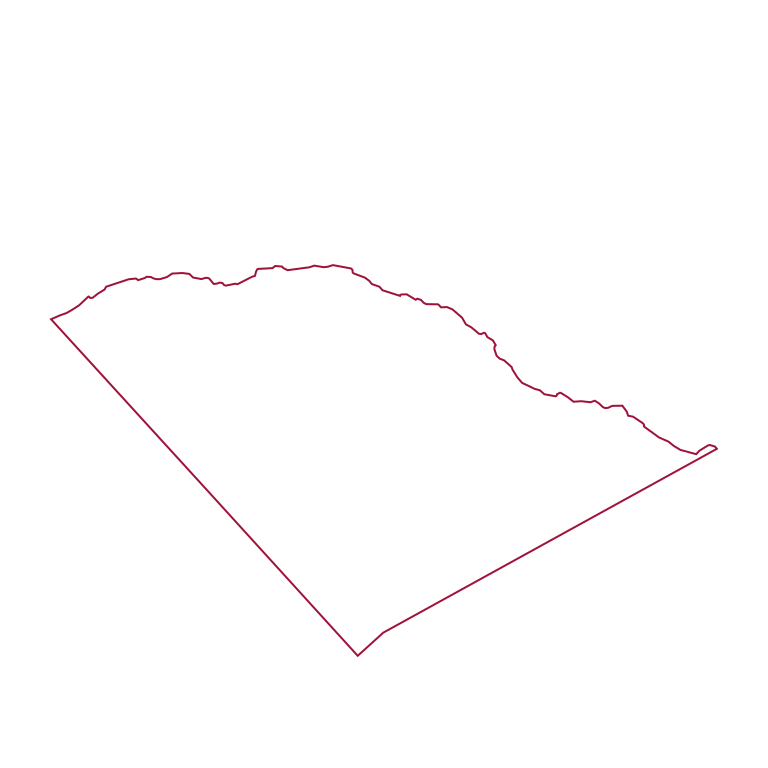 outline of Presidio, Texas, United States of America, rotated 138°
{"feature_id": "52423323B92102614150660", "entity_name": "Presidio", "entity_type": "district", "adm_level": 2, "iso_a3": "USA", "parent_name": "United States of America", "parent_adm1": "Texas", "projection": "mercator", "projection_center": [-104.492, 29.947], "detail": "fine", "context": "isolated", "style": "outline", "palette": "rose", "viewbox_px": 768, "rotation_deg": 138, "n_neighbors": 0, "source": "geoboundaries", "source_scale": "gbopen_adm2", "svg_char_len": 1798}
<svg xmlns="http://www.w3.org/2000/svg" viewBox="0 0 768 768"><g transform="rotate(138 384 384)"><path d="M180.0,113.1L179.9,116.0L182.7,120.7L184.6,121.6L194.4,123.4L198.9,122.9L207.8,136.6L210.1,144.2L211.1,150.7L215.4,160.3L219.1,177.7L219.1,178.7L218.2,179.4L217.8,181.2L220.8,193.1L223.8,197.1L222.1,201.0L221.4,208.4L229.0,215.0L233.5,216.4L235.8,218.2L236.8,220.3L237.2,225.7L238.5,230.5L242.8,232.3L248.9,239.2L255.0,244.0L256.3,251.4L258.5,258.9L259.1,259.8L262.3,260.6L263.4,259.8L264.6,259.9L271.7,269.1L272.4,275.1L275.3,279.6L280.6,292.4L280.5,299.3L278.9,308.6L277.8,311.2L278.9,321.1L281.1,325.6L281.4,329.7L278.7,336.0L276.8,337.8L275.0,338.1L273.9,343.6L275.8,349.6L274.8,354.1L275.4,355.2L278.4,356.1L279.8,357.8L281.2,367.7L283.2,373.5L281.6,381.1L283.2,393.6L285.7,399.0L290.3,402.8L290.4,406.7L291.1,407.6L299.2,415.1L300.2,417.9L300.3,421.9L302.2,425.1L304.1,425.4L307.1,435.4L310.9,438.7L312.7,439.4L313.2,438.9L322.4,454.7L322.3,459.3L326.2,466.5L325.9,470.3L327.0,475.8L332.5,486.4L332.7,487.7L331.0,490.1L331.3,492.1L342.4,506.5L347.2,508.7L350.7,511.2L356.5,518.5L361.4,520.7L379.5,533.1L381.3,537.8L381.2,539.5L385.9,544.5L389.3,544.7L400.6,553.8L401.8,554.0L404.3,552.9L407.5,550.7L410.7,552.1L426.1,556.2L427.4,558.0L435.8,563.0L436.6,564.6L436.5,567.0L438.1,569.2L441.0,570.4L443.6,572.3L443.3,579.0L443.8,580.5L445.3,582.1L449.5,584.2L454.6,590.8L455.0,596.1L459.6,601.4L467.5,607.8L473.7,608.7L480.3,611.8L483.1,614.3L484.8,617.0L485.6,619.4L488.6,622.5L490.8,622.8L497.2,625.7L497.8,628.4L503.7,632.7L525.4,642.2L528.6,641.2L536.2,642.6L542.7,643.0L544.8,644.5L544.8,646.5L545.4,646.8L557.9,646.5L566.1,647.8L572.5,649.2L579.1,651.9L588.1,654.9L586.5,417.4L585.4,199.6L550.9,199.7L344.8,151.6L180.0,113.1Z" fill="none" stroke="#9f1239" stroke-width="2"/></g></svg>